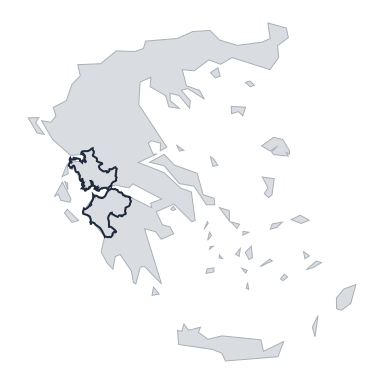 location of Dytiki Ellada within Greece
{"feature_id": "GRC-2886", "entity_name": "Dytiki Ellada", "entity_type": "Region", "adm_level": 1, "iso_a3": "GRC", "parent_name": "Greece", "parent_adm1": "", "projection": "equal_earth", "projection_center": [21.414, 38.264], "detail": "fine", "context": "in_parent", "style": "outline", "palette": "slate", "viewbox_px": 384, "rotation_deg": 0, "n_neighbors": 0, "source": "natural_earth", "source_scale": "10m", "svg_char_len": 9222}
<svg xmlns="http://www.w3.org/2000/svg" viewBox="0 0 384 384"><path d="M267.9,23.0L286.4,28.0L288.3,37.7L277.5,45.7L278.7,57.5L269.9,69.6L232.1,57.6L220.6,64.3L208.8,59.9L194.2,70.8L182.3,69.7L186.4,85.8L199.4,90.3L204.4,99.1L188.1,88.7L181.2,90.2L190.3,100.7L189.6,108.1L178.9,95.4L170.0,93.4L170.3,100.7L179.4,108.4L168.9,106.9L165.7,95.7L150.1,86.7L151.0,77.3L140.1,82.0L138.8,104.6L166.8,147.2L160.3,150.8L160.5,143.1L151.4,140.7L148.3,143.0L150.1,147.4L153.2,154.3L157.0,154.0L138.2,162.4L164.1,172.7L180.6,188.1L191.4,192.0L195.1,220.3L191.9,221.9L173.9,204.0L156.2,211.8L162.5,224.8L170.0,226.8L173.7,233.8L161.2,239.2L155.6,231.7L144.5,228.7L161.5,283.9L144.4,266.4L140.3,267.1L135.8,283.9L133.4,282.5L131.4,271.0L120.1,254.5L115.3,256.5L112.9,269.2L107.0,262.9L101.1,251.9L104.7,236.5L83.6,211.2L94.2,195.9L103.9,197.0L110.2,189.3L115.1,189.7L151.8,207.8L150.7,203.2L161.7,199.0L132.8,183.8L128.9,187.9L115.5,185.1L96.8,189.7L91.5,181.4L90.4,187.0L85.9,188.4L70.2,162.1L83.2,161.0L83.5,154.4L70.7,155.4L52.7,139.6L41.6,120.7L50.8,122.3L55.9,116.1L53.3,107.4L66.3,100.6L71.9,84.5L80.3,75.8L77.8,64.7L100.7,63.7L116.2,50.9L134.8,51.5L143.4,48.6L145.6,41.1L177.2,38.5L192.7,31.6L209.9,30.4L219.5,40.0L237.4,45.4L262.3,42.1L270.1,38.5L267.9,23.0ZM188.5,330.3L200.5,327.2L198.4,332.3L207.9,339.2L222.0,335.9L260.9,339.8L263.5,351.3L283.7,341.5L278.0,356.7L225.4,361.0L221.8,353.1L212.3,349.4L178.6,344.5L177.6,330.3L181.6,331.4L184.0,324.1L188.5,330.3ZM164.2,154.3L174.4,165.1L197.2,173.3L203.1,194.7L214.1,198.3L214.7,204.7L206.4,204.8L194.1,186.2L179.3,183.6L164.1,165.7L149.6,162.3L164.2,154.3ZM282.7,139.5L289.3,150.4L289.6,154.3L286.0,152.1L288.3,156.1L273.7,154.6L271.6,151.8L277.7,146.0L270.3,151.1L261.6,145.9L273.5,137.3L282.7,139.5ZM341.5,310.2L336.6,308.8L336.4,297.9L343.7,289.1L355.8,284.6L350.8,303.3L341.5,310.2ZM272.0,194.8L268.5,197.6L264.3,193.6L268.0,188.0L262.3,177.0L274.2,178.7L272.0,194.8ZM62.4,182.0L70.9,198.6L69.9,202.2L60.8,200.4L58.2,194.0L54.4,196.7L62.4,182.0ZM44.3,134.4L37.1,133.0L28.2,117.9L38.7,117.5L35.7,122.8L44.3,134.4ZM245.5,107.2L242.7,115.8L238.5,111.6L231.5,113.7L231.3,106.4L245.5,107.2ZM300.2,215.2L309.1,220.3L301.2,223.5L291.1,219.6L300.2,215.2ZM220.1,76.2L215.4,77.9L210.5,72.6L217.9,67.8L220.1,76.2ZM67.2,209.3L78.6,220.4L72.0,222.5L64.4,213.0L67.2,209.3ZM252.4,257.6L249.0,259.5L245.3,252.4L251.4,246.1L252.4,257.6ZM229.2,210.5L229.5,221.1L219.4,207.6L229.2,210.5ZM317.9,315.7L315.1,336.7L312.3,327.1L317.9,315.7ZM68.2,173.8L62.1,176.6L67.4,163.6L68.2,173.8ZM159.2,294.1L152.0,295.4L153.5,287.1L159.2,294.1ZM306.3,269.8L316.2,261.1L321.5,262.6L313.9,267.2L306.3,269.8ZM270.3,229.3L272.3,224.0L282.4,222.0L276.9,227.4L270.3,229.3ZM240.4,248.5L239.1,256.4L235.5,254.2L240.4,248.5ZM239.6,224.2L237.0,228.5L230.9,221.9L239.6,224.2ZM217.8,165.3L212.8,166.4L210.5,156.8L213.5,158.7L217.8,165.3ZM254.4,85.4L250.2,86.7L245.4,82.6L249.9,81.0L254.4,85.4ZM214.0,267.9L213.8,271.9L206.0,273.4L207.2,268.9L214.0,267.9ZM272.3,260.9L260.1,266.6L269.8,259.1L272.3,260.9ZM208.2,223.3L204.0,229.4L207.4,221.6L208.2,223.3ZM248.8,232.3L242.9,235.2L243.0,231.3L248.8,232.3ZM287.7,276.9L282.9,280.7L280.5,278.9L284.2,274.2L287.7,276.9ZM309.4,255.9L304.9,258.7L303.5,251.6L309.4,255.9ZM211.5,235.4L207.6,240.2L209.5,232.1L211.5,235.4ZM67.6,183.2L67.9,189.8L64.7,181.7L67.6,183.2ZM247.3,270.3L245.7,273.2L241.7,268.2L247.3,270.3ZM183.8,150.2L179.5,151.1L176.8,145.5L183.8,150.2ZM175.8,209.4L172.6,210.6L170.8,209.2L173.2,206.2L175.8,209.4ZM213.4,246.3L209.5,249.3L210.1,246.6L213.4,246.3ZM247.6,282.6L248.7,289.4L246.2,288.4L247.6,282.6ZM222.5,258.5L219.2,258.0L219.4,254.9L222.5,258.5Z" fill="#d9dde1" stroke="#a8b0b8" stroke-width="1"/><path d="M104.8,236.9L104.6,236.0L102.0,230.8L100.5,228.5L99.8,227.7L96.5,225.3L95.7,224.8L95.3,224.4L94.6,223.4L94.2,223.0L91.9,222.3L91.2,222.5L91.0,223.9L90.8,223.9L90.7,223.4L90.7,222.9L90.6,222.5L90.2,222.1L90.7,221.1L90.8,220.3L90.7,219.4L90.1,217.2L89.7,216.5L89.2,216.1L87.5,215.1L83.5,213.9L83.2,213.6L83.0,213.0L83.1,212.2L82.9,211.8L84.0,208.4L85.1,209.2L86.8,208.4L88.5,206.9L89.4,205.7L90.0,205.9L90.4,205.6L90.8,205.1L91.3,204.7L91.3,204.3L91.1,204.1L90.6,204.1L90.3,204.4L89.9,204.7L89.7,205.0L91.4,202.2L91.5,201.9L92.8,199.7L93.0,199.1L93.1,198.5L93.2,195.5L93.1,194.7L93.5,195.2L94.0,196.1L94.4,196.4L94.4,195.8L94.3,195.3L94.1,195.0L94.3,195.3L94.9,195.6L95.5,195.7L96.4,195.7L96.9,195.9L98.8,197.4L101.8,198.1L102.5,198.0L103.3,197.6L104.5,196.7L105.5,195.5L107.0,192.2L107.9,190.9L110.8,189.0L111.1,188.7L113.6,189.2L114.4,189.2L114.8,189.1L115.1,188.9L115.5,189.2L116.0,189.5L116.5,189.8L117.1,189.9L117.6,190.1L117.8,190.5L118.0,191.1L118.3,191.6L118.7,192.0L119.8,192.5L120.2,192.6L120.5,192.6L120.9,192.4L121.1,192.3L121.5,192.7L121.7,192.9L122.0,193.0L122.3,193.3L122.7,194.5L123.0,195.1L123.3,195.2L124.7,195.7L124.8,195.8L124.9,196.1L125.1,196.3L125.4,196.4L126.6,196.4L128.2,196.8L128.7,197.1L129.4,196.8L130.0,197.2L130.4,197.6L130.2,198.2L130.0,199.6L131.0,201.2L129.9,203.8L129.9,204.5L129.7,205.1L129.3,205.7L128.6,206.3L125.7,207.6L125.4,208.2L125.6,209.0L125.4,209.8L125.1,210.5L125.0,211.8L125.6,212.5L125.8,213.2L125.6,214.0L123.4,214.8L122.5,216.0L121.7,216.3L121.1,216.1L121.0,215.4L119.7,215.3L118.9,215.6L118.0,216.8L117.3,216.8L114.7,215.5L113.5,214.7L112.2,214.2L111.9,212.7L110.5,213.1L108.3,216.8L108.1,218.8L108.9,221.3L109.0,226.8L109.6,226.9L110.3,226.7L111.5,227.2L115.0,230.1L116.1,231.5L115.8,232.2L115.1,232.5L114.2,231.8L113.6,232.3L112.6,233.5L112.4,234.2L112.7,234.9L111.3,236.8L110.6,237.2L109.3,236.8L108.0,237.2L105.4,236.6L104.8,236.9ZM111.2,186.3L111.0,186.0L110.8,185.8L110.4,185.9L108.6,187.5L108.3,188.1L108.2,189.0L107.8,189.3L107.1,188.8L106.1,187.8L103.9,187.8L103.2,188.0L102.7,188.3L102.2,188.5L101.7,188.2L99.2,190.0L98.8,190.9L98.6,190.9L98.2,190.6L97.7,190.5L97.2,190.5L97.0,190.4L96.7,190.1L95.2,189.2L95.8,189.0L96.4,189.4L97.0,189.9L97.5,190.2L97.5,189.9L97.3,189.7L97.2,189.5L97.3,189.3L97.5,188.9L97.1,188.6L97.0,188.2L97.5,187.8L96.7,187.8L97.0,187.1L96.6,187.3L96.3,187.4L96.0,187.4L95.7,187.1L95.5,187.3L95.3,187.4L94.9,187.5L95.2,186.5L94.7,186.0L93.9,185.8L93.2,185.8L93.0,185.3L92.6,182.3L91.8,181.4L91.3,181.0L91.2,180.9L91.0,181.0L90.6,181.0L90.8,181.4L92.3,184.1L91.8,184.1L91.9,184.3L92.1,184.4L91.9,184.9L91.8,185.5L91.7,185.9L91.4,186.1L91.0,186.2L90.2,186.7L90.0,186.8L90.1,187.0L90.3,187.1L90.0,187.5L89.5,187.2L89.1,187.3L89.0,187.7L89.1,187.8L89.3,188.0L89.0,188.4L88.4,188.9L88.0,189.2L87.7,189.3L87.0,189.2L86.7,189.0L86.4,188.7L86.1,188.7L85.8,189.2L86.0,189.4L86.2,189.5L86.5,189.6L85.9,189.8L85.6,190.1L85.5,190.6L84.8,190.5L84.6,190.0L84.5,189.4L84.3,188.9L83.8,188.7L82.6,188.7L82.2,188.5L82.6,188.3L82.9,188.1L83.1,187.7L83.0,187.1L82.6,187.4L82.4,187.5L82.8,186.7L83.0,186.5L82.9,186.8L83.2,187.0L83.7,186.7L84.0,186.3L84.3,185.8L83.6,185.2L83.3,185.2L83.0,185.8L82.5,185.6L82.2,185.2L82.0,184.7L81.9,184.1L82.1,184.0L82.2,183.7L82.6,184.2L83.0,184.5L83.3,184.3L83.5,183.7L83.0,184.1L83.1,183.4L82.8,182.5L83.0,182.0L83.0,181.7L82.6,181.7L82.4,181.6L81.9,181.4L82.3,181.1L82.5,181.1L82.6,180.9L82.3,180.7L82.2,180.6L82.5,179.8L82.6,179.4L82.6,179.1L82.2,178.9L81.9,179.1L81.6,179.5L81.3,179.6L81.2,179.8L80.7,180.2L80.3,180.4L80.1,180.2L80.0,179.7L79.7,179.0L79.6,178.5L79.9,176.4L79.9,175.3L79.1,174.4L78.5,172.6L78.2,172.1L76.7,172.1L76.2,171.9L75.7,171.5L75.5,170.8L74.6,166.8L74.2,166.0L73.7,165.6L73.1,165.8L72.6,166.4L72.1,167.1L71.9,167.7L71.6,167.1L71.4,167.2L71.1,167.5L70.8,167.4L70.4,167.7L70.2,167.1L70.1,166.7L68.8,165.6L68.8,165.3L69.0,164.7L69.2,163.8L69.5,162.9L70.2,162.6L71.0,162.6L71.4,162.6L71.6,162.4L71.5,162.1L71.2,161.8L70.9,161.6L70.1,161.2L69.8,160.5L69.7,159.6L69.8,158.8L70.3,157.9L70.5,158.3L70.8,159.1L71.4,159.5L72.1,159.8L72.8,159.4L73.3,158.7L73.7,157.8L74.0,157.8L74.1,158.2L74.1,158.5L74.0,158.8L74.1,159.0L74.0,159.5L74.7,159.5L75.4,159.4L75.8,159.0L76.0,158.1L76.3,158.1L76.6,158.6L77.0,158.7L77.5,158.5L78.1,158.5L78.6,158.7L78.9,158.9L79.4,159.1L80.0,159.2L80.1,159.5L80.0,160.2L80.0,160.9L80.3,161.2L80.8,161.4L81.3,161.7L82.2,162.6L82.3,162.1L82.3,161.9L82.5,161.7L82.7,161.2L82.5,160.6L82.9,160.3L83.6,160.3L84.2,160.7L85.0,161.8L85.3,162.1L85.5,162.1L85.8,161.5L85.5,161.3L85.4,161.0L85.3,160.3L85.2,160.2L85.0,160.3L84.8,160.2L84.3,159.3L84.3,158.8L84.6,158.1L84.4,157.7L84.5,157.3L84.8,157.0L85.1,157.1L85.0,156.0L84.1,154.7L82.2,152.7L82.0,153.0L81.8,153.4L81.8,153.7L82.0,154.1L81.5,153.8L81.3,153.9L81.2,153.4L81.6,152.1L82.2,151.5L83.0,151.2L87.7,151.1L88.4,150.9L89.8,150.2L91.8,148.5L92.7,148.2L92.7,149.8L93.7,151.2L94.0,151.9L93.7,152.6L93.7,153.3L92.8,155.1L92.9,155.8L96.7,158.2L97.0,159.1L96.8,160.4L96.9,161.1L97.5,161.6L98.2,161.7L98.7,162.2L100.8,162.7L102.1,163.3L102.1,164.0L99.9,165.1L99.3,165.7L99.0,166.5L99.0,167.1L99.6,168.6L100.2,169.2L102.2,170.6L103.4,171.3L104.8,171.3L106.8,171.0L107.2,171.7L107.1,172.4L108.0,172.3L109.3,171.1L109.3,169.8L109.5,169.1L111.5,169.3L113.0,168.6L113.6,168.0L115.2,167.3L115.2,167.7L116.7,168.6L116.7,169.4L116.1,170.6L116.3,172.0L115.8,173.3L116.0,174.8L115.5,175.4L115.5,176.1L116.6,177.4L116.0,178.8L116.1,180.3L115.8,180.9L115.0,181.3L113.7,181.6L112.1,183.0L111.3,184.5L111.4,185.5L111.2,186.3Z" fill="none" stroke="#1e293b" stroke-width="2"/></svg>